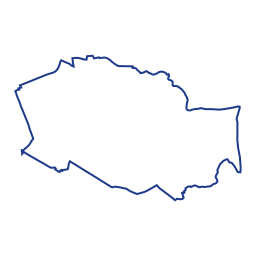 Ciclova Romana, Caras-Severin, Romania (Natural Earth projection)
{"feature_id": "2599482B12513068157947", "entity_name": "Ciclova Romana", "entity_type": "district", "adm_level": 2, "iso_a3": "ROU", "parent_name": "Romania", "parent_adm1": "Caras-Severin", "projection": "natural_earth1", "projection_center": [21.737, 44.976], "detail": "fine", "context": "isolated", "style": "outline", "palette": "blue", "viewbox_px": 256, "rotation_deg": 0, "n_neighbors": 0, "source": "geoboundaries", "source_scale": "gbopen_adm2", "svg_char_len": 5312}
<svg xmlns="http://www.w3.org/2000/svg" viewBox="0 0 256 256"><path d="M201.3,108.1L198.5,108.7L193.9,109.2L192.9,109.5L192.0,109.7L191.1,110.1L190.3,110.4L188.8,110.4L188.3,110.3L187.9,110.1L187.4,109.9L187.0,109.6L186.7,109.3L186.4,107.4L186.6,105.8L186.8,104.2L187.1,102.6L187.5,101.0L187.7,100.1L187.0,97.6L185.3,94.6L184.7,93.0L181.9,89.5L178.5,86.9L177.1,86.2L176.2,86.1L175.3,86.0L174.1,86.1L173.1,85.8L172.6,84.8L172.7,83.9L172.7,83.1L172.6,82.3L172.6,81.8L171.6,80.6L168.6,79.6L168.2,79.0L168.2,78.5L168.2,78.1L168.3,77.6L168.4,77.1L168.6,76.7L169.0,76.1L169.1,75.7L169.1,75.4L169.0,75.0L168.9,74.7L168.7,74.4L168.6,74.2L168.2,74.4L167.7,74.5L167.3,74.6L167.0,74.7L166.7,74.2L166.3,73.7L165.7,73.0L163.8,72.0L161.3,71.6L159.1,72.1L158.1,72.7L157.1,73.3L156.0,73.8L154.8,74.3L152.9,74.6L151.9,74.2L149.9,73.1L149.4,73.0L148.9,73.0L148.3,72.3L147.2,71.5L146.1,71.2L145.5,71.6L142.8,72.8L140.4,73.1L140.0,72.3L137.4,70.1L136.6,69.0L136.0,68.5L135.6,68.3L135.2,68.1L134.8,68.0L134.3,67.9L133.8,67.9L133.4,67.9L132.9,67.9L132.6,68.0L132.3,67.3L132.7,66.5L130.7,66.3L120.3,66.1L119.4,66.1L117.9,65.9L114.2,63.6L113.9,63.4L113.3,62.8L111.6,61.5L110.5,60.4L107.8,58.5L105.7,57.8L104.7,57.5L99.7,58.1L99.2,57.4L97.9,57.6L94.0,58.4L92.7,55.8L89.5,56.0L87.1,56.2L86.6,59.0L86.5,59.7L85.9,59.7L83.6,59.3L81.7,58.8L80.8,58.5L78.8,58.0L77.0,57.9L75.7,57.9L72.4,58.2L72.8,61.3L72.8,62.1L73.0,63.8L73.3,64.3L73.6,66.5L71.3,65.5L69.6,63.9L65.5,62.2L61.2,60.3L60.5,61.5L59.1,65.8L58.0,68.3L56.7,70.1L56.3,70.5L55.1,71.6L53.4,72.5L47.3,74.4L45.0,75.3L28.7,81.9L22.9,84.2L19.9,85.4L20.3,86.1L20.8,86.8L21.2,87.5L20.6,87.7L20.0,87.9L18.4,88.4L19.1,89.6L17.9,89.8L15.4,91.0L16.7,95.2L18.0,98.5L19.2,101.3L20.6,105.3L22.6,110.3L28.4,124.6L29.2,127.2L29.7,129.1L31.2,133.1L33.3,138.8L32.1,140.1L29.4,144.6L28.3,145.8L27.1,146.9L25.9,148.0L24.6,149.1L23.0,150.4L21.8,150.2L21.9,151.1L22.0,152.2L22.2,153.5L22.2,153.8L22.8,153.1L23.2,152.7L23.7,152.1L24.0,152.1L24.3,152.2L24.7,152.5L25.1,152.8L25.7,153.3L26.1,153.5L26.9,153.9L27.2,154.1L27.5,154.3L28.5,154.9L29.3,155.4L30.8,156.3L31.1,156.5L31.8,156.8L32.9,157.5L33.9,158.0L34.5,158.4L35.2,158.8L36.0,159.3L36.5,159.5L37.8,160.3L39.1,161.0L39.3,161.2L40.5,161.8L41.0,162.1L41.8,162.6L42.8,163.1L43.2,163.3L44.5,164.1L45.8,164.9L46.4,165.2L47.2,165.7L47.8,166.1L48.6,166.5L49.1,166.8L49.5,167.0L49.9,167.2L51.1,167.8L51.3,167.8L51.5,167.8L52.2,167.7L52.5,167.7L52.9,167.7L53.3,167.7L53.7,167.6L54.2,167.6L54.3,167.6L54.8,167.5L55.2,167.9L55.6,168.3L55.8,168.7L55.6,168.9L55.4,169.1L55.2,169.3L55.8,169.8L56.4,170.2L56.8,170.5L57.2,170.7L57.8,171.2L57.9,171.3L58.6,171.8L58.8,171.7L59.1,171.6L59.3,171.6L59.5,171.7L59.5,171.3L59.6,171.2L59.9,171.1L60.2,171.1L60.3,171.1L60.7,171.0L61.0,171.0L61.2,170.9L61.5,170.8L61.6,170.7L61.7,170.4L61.5,170.2L61.3,170.0L61.5,169.9L61.8,169.9L62.0,170.1L62.3,170.4L62.4,170.6L62.5,170.7L62.8,170.5L62.9,170.3L63.1,170.1L63.3,170.0L63.6,170.0L64.0,170.0L64.1,169.9L64.3,169.8L64.6,169.8L64.8,169.8L65.4,169.6L65.9,169.6L66.3,169.5L66.7,169.3L67.0,169.3L67.3,169.3L67.6,169.1L67.9,169.0L68.8,163.8L69.9,161.3L86.4,171.5L88.2,172.6L89.3,173.3L92.1,175.0L99.2,179.4L104.4,182.7L109.8,186.0L110.6,186.5L111.2,187.0L111.7,187.1L112.4,187.2L113.2,187.3L113.6,187.0L113.9,186.9L115.2,186.6L119.0,187.2L126.6,188.8L127.8,189.7L129.0,190.4L130.3,191.2L131.7,191.8L133.0,192.4L134.4,193.0L135.8,193.5L137.2,194.0L144.6,191.9L147.7,190.4L156.8,185.2L159.4,188.1L172.0,197.6L174.8,200.0L175.0,200.2L175.8,199.7L176.3,199.2L177.2,198.7L177.9,199.0L178.1,199.1L178.6,199.0L179.3,199.1L179.9,199.2L180.4,199.3L181.3,199.2L182.0,199.0L182.3,198.9L182.9,198.6L183.3,198.1L183.7,197.5L183.6,197.2L183.3,196.9L183.1,196.5L183.0,196.2L182.9,195.8L182.7,194.6L182.7,194.1L182.3,193.4L182.2,193.2L182.0,192.8L182.3,192.6L183.4,192.6L184.0,192.7L184.1,192.9L184.3,192.8L184.4,192.5L184.4,192.2L184.4,191.8L184.1,191.1L184.4,190.8L184.8,190.6L185.3,190.3L185.7,189.8L185.6,189.1L185.5,188.4L186.0,187.9L186.6,187.5L187.1,187.2L187.6,187.0L187.8,186.8L188.5,186.6L189.3,186.4L190.1,186.3L190.7,186.8L191.0,187.0L191.4,186.9L192.0,186.4L192.7,186.3L193.6,185.8L193.9,185.6L194.6,185.4L195.7,185.7L196.5,185.9L197.4,186.4L198.2,186.9L198.9,187.2L199.4,187.2L199.9,187.1L200.0,187.2L200.3,187.1L200.9,186.9L201.9,186.6L203.1,186.8L204.3,187.0L210.1,186.3L211.2,185.9L213.0,184.3L215.6,183.4L216.1,183.1L216.4,182.8L216.7,182.5L216.9,182.2L217.1,181.8L217.2,181.6L217.3,181.4L217.3,181.1L217.3,180.8L217.3,180.5L217.2,180.2L215.7,177.3L215.7,176.4L216.7,174.1L217.6,172.9L217.8,172.1L217.7,171.7L217.6,171.3L217.5,170.9L217.3,170.5L217.9,168.8L220.1,164.1L223.5,160.8L226.4,159.4L227.2,159.2L228.0,160.0L229.2,162.1L229.7,162.6L230.9,162.5L231.7,162.9L231.9,163.1L232.8,164.1L233.6,165.1L234.3,166.1L235.0,167.2L235.7,168.2L236.3,169.3L236.9,170.5L237.4,171.6L238.2,172.2L240.3,172.3L240.5,170.9L240.6,169.4L240.6,167.9L240.6,166.5L239.9,157.2L238.1,147.8L237.3,139.1L237.4,134.7L237.4,130.3L237.4,125.9L237.4,121.5L237.1,120.8L236.9,120.1L236.7,119.4L236.6,118.7L239.5,108.8L239.8,107.3L239.6,106.6L239.2,106.5L238.7,106.5L238.3,106.5L237.8,106.5L233.4,107.5L224.9,109.0L223.5,109.2L222.1,109.3L220.7,109.5L219.3,109.6L215.8,109.4L212.3,109.2L208.9,109.1L205.4,109.1L204.3,108.9L203.3,108.7L202.3,108.4L201.3,108.1Z" fill="none" stroke="#1e3a8a" stroke-width="2"/></svg>